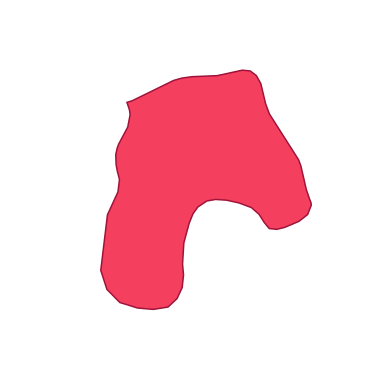 the border of F.C.T., rotated 307°
{"feature_id": "PAK-1110", "entity_name": "F.C.T.", "entity_type": "Capital Territory", "adm_level": 1, "iso_a3": "PAK", "parent_name": "Pakistan", "parent_adm1": "", "projection": "equal_earth", "projection_center": [73.083, 33.648], "detail": "fine", "context": "isolated", "style": "filled", "palette": "rose", "viewbox_px": 384, "rotation_deg": 307, "n_neighbors": 0, "source": "natural_earth", "source_scale": "10m", "svg_char_len": 855}
<svg xmlns="http://www.w3.org/2000/svg" viewBox="0 0 384 384"><g transform="rotate(307 192 192)"><path d="M122.9,138.2L147.5,132.8L158.4,126.5L163.7,119.8L168.2,114.9L176.0,108.6L182.1,105.8L186.1,104.6L205.2,101.6L216.2,96.2L219.0,93.6L220.4,92.0L224.4,86.1L228.9,89.3L269.9,110.1L276.8,115.3L284.0,122.5L300.1,142.1L319.6,158.9L323.7,165.6L323.7,173.3L320.0,181.7L306.7,197.8L300.9,206.9L281.9,257.7L278.4,263.2L262.7,281.9L256.8,290.6L255.8,292.4L255.1,293.4L253.3,295.2L243.6,297.9L233.0,295.1L219.5,287.3L213.2,282.2L209.3,275.7L211.1,268.1L214.5,259.0L215.3,248.8L211.5,236.0L206.3,224.6L200.3,215.4L193.8,209.3L183.6,205.7L175.2,205.9L165.2,208.6L146.5,216.1L128.8,227.8L120.6,235.2L109.7,241.7L97.9,244.2L85.7,242.1L75.0,231.8L66.6,218.4L60.3,200.9L63.0,182.7L74.5,166.3L122.9,138.2Z" fill="#f43f5e" stroke="#9f1239" stroke-width="1.5"/></g></svg>